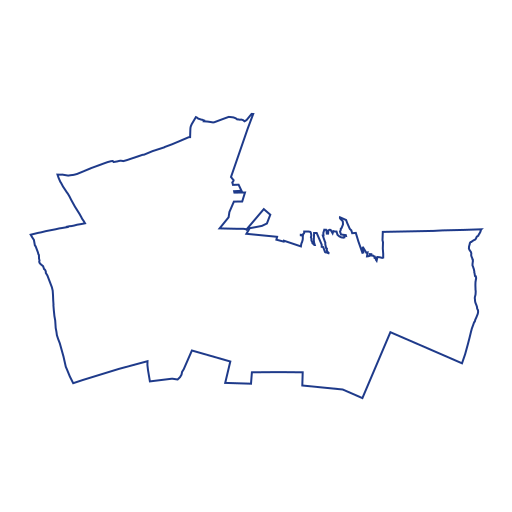 the district of Munteni, Galati, Romania
{"feature_id": "2599482B8174153692428", "entity_name": "Munteni", "entity_type": "district", "adm_level": 2, "iso_a3": "ROU", "parent_name": "Romania", "parent_adm1": "Galati", "projection": "orthographic", "projection_center": [27.478, 45.925], "detail": "fine", "context": "isolated", "style": "outline", "palette": "blue", "viewbox_px": 512, "rotation_deg": 0, "n_neighbors": 0, "source": "geoboundaries", "source_scale": "gbopen_adm2", "svg_char_len": 6028}
<svg xmlns="http://www.w3.org/2000/svg" viewBox="0 0 512 512"><path d="M481.3,229.3L464.1,229.9L442.5,230.4L433.6,230.9L382.8,231.9L382.5,240.1L383.0,242.3L382.8,248.5L383.2,253.8L383.2,257.6L382.2,257.9L379.9,257.3L377.4,257.0L376.9,259.4L376.6,260.7L375.9,259.7L375.6,257.8L374.6,257.9L374.4,257.0L374.6,256.5L373.8,256.2L373.1,255.6L372.0,255.7L371.6,255.4L371.4,254.2L369.8,254.1L369.8,255.8L368.1,256.3L367.0,256.4L367.6,252.4L366.3,252.7L362.7,246.8L363.3,252.5L362.4,252.8L358.4,241.5L355.8,232.9L352.2,233.2L351.3,230.3L349.8,228.9L347.1,222.8L346.1,220.0L340.0,217.3L339.9,217.9L340.2,218.6L342.8,221.3L343.0,224.4L341.6,228.0L340.8,228.7L340.8,229.8L340.0,231.6L341.0,234.5L345.8,235.1L346.0,235.9L344.3,235.6L344.4,236.7L344.4,237.4L343.2,237.7L342.8,237.4L342.0,237.5L340.9,237.2L339.2,236.3L337.5,234.8L336.5,231.5L334.9,231.5L333.3,231.1L332.6,233.3L330.6,229.9L329.5,229.8L328.4,230.4L328.1,233.6L326.8,233.6L326.4,230.2L326.0,229.7L325.0,229.8L324.3,229.7L323.3,233.0L323.5,235.4L322.8,235.5L324.1,239.4L324.9,241.7L325.3,242.5L325.3,244.4L326.0,247.5L326.2,248.0L326.2,248.3L326.9,248.6L326.8,250.2L327.3,251.5L328.6,252.9L328.5,253.2L326.4,252.4L325.5,252.4L325.0,252.0L323.2,247.1L321.7,246.8L321.7,244.7L320.3,241.4L316.7,233.0L314.1,233.0L313.8,240.2L314.1,242.7L314.8,245.0L314.5,245.0L314.1,244.8L313.6,244.1L312.5,243.3L312.5,243.1L312.2,242.0L311.7,241.1L311.4,240.4L311.4,239.8L311.4,238.6L310.9,237.2L311.2,236.1L311.3,235.1L310.9,233.0L310.6,232.2L310.3,231.9L308.4,231.5L305.5,231.5L304.2,231.5L304.2,231.9L304.2,232.5L304.1,233.1L303.8,233.6L303.4,233.8L303.1,234.2L303.0,235.0L300.8,234.8L300.8,235.3L302.9,235.7L302.8,236.7L302.8,238.8L302.6,240.1L302.2,241.5L302.0,242.2L301.5,243.2L301.2,244.4L300.9,246.4L283.9,240.7L283.7,241.6L276.4,239.7L277.1,236.8L246.4,233.8L249.7,228.2L255.2,227.2L261.9,225.9L266.9,223.5L270.3,214.7L264.7,209.9L263.8,209.1L246.4,229.6L246.0,229.2L245.5,229.1L243.4,228.8L237.1,228.8L232.4,228.7L219.6,228.4L228.6,217.3L229.4,212.0L233.9,201.6L242.2,201.5L245.0,192.5L234.4,192.6L234.1,191.2L241.5,190.8L238.6,184.7L233.0,184.9L232.3,182.4L233.2,181.4L233.6,180.2L231.9,178.2L231.5,177.6L231.0,177.0L247.7,128.6L253.2,114.0L251.6,113.9L246.7,119.9L245.6,120.7L244.5,121.3L243.2,120.2L241.5,119.6L240.9,119.6L240.2,119.7L239.3,119.7L238.5,119.4L237.2,119.4L235.9,118.4L235.0,118.0L233.4,117.4L231.0,117.1L228.7,116.9L222.4,119.2L216.0,121.6L214.4,122.2L213.6,122.4L212.8,122.4L210.5,122.0L207.8,121.6L206.6,121.5L203.8,121.3L204.1,120.5L203.2,120.2L202.5,119.8L201.6,119.7L200.3,119.3L199.5,119.0L198.7,118.8L198.0,118.5L197.8,118.3L197.1,117.7L196.7,117.5L196.1,117.2L195.9,117.1L191.7,124.2L191.2,125.4L191.0,125.8L190.8,126.4L190.6,127.1L190.5,127.7L190.4,128.6L190.3,130.8L190.1,137.1L189.8,137.1L189.4,137.1L188.5,137.3L172.0,144.3L164.7,147.0L164.4,147.3L152.6,151.1L144.0,154.7L142.6,154.8L126.6,160.2L123.4,161.1L121.5,160.8L120.3,160.7L118.0,161.2L117.4,161.4L114.4,161.9L113.6,162.0L112.7,161.0L111.0,161.2L107.6,162.1L103.7,163.5L91.4,168.0L80.9,172.4L78.4,173.4L77.3,173.9L76.2,174.2L75.1,174.5L73.4,174.9L70.7,175.2L68.2,175.6L64.6,175.0L62.3,174.6L60.9,174.7L57.5,174.6L58.5,177.6L58.7,178.1L60.3,181.8L61.0,182.8L62.5,185.6L62.9,186.4L64.3,188.5L66.8,192.3L67.8,193.6L69.5,196.5L71.2,199.9L74.9,206.6L79.5,213.9L81.5,217.5L82.0,218.6L83.8,221.2L85.0,223.3L81.0,224.1L77.2,224.7L73.9,225.6L71.3,226.1L69.6,226.2L67.2,226.7L67.4,227.1L61.5,228.1L59.3,228.4L55.5,229.3L46.0,231.1L40.9,232.4L38.5,232.8L30.7,234.7L32.0,237.0L33.9,239.9L34.9,245.5L35.6,246.2L38.0,252.6L38.3,254.0L38.8,254.8L38.9,255.1L39.0,257.4L39.0,258.4L39.5,260.5L39.2,261.8L39.7,263.1L40.7,264.2L43.1,266.2L44.1,269.1L44.6,269.4L44.9,269.7L45.4,270.5L45.8,271.7L45.8,272.9L47.4,275.5L51.9,287.3L52.7,290.7L53.0,295.1L53.2,300.1L53.5,304.7L53.4,305.0L53.8,310.1L54.4,316.0L55.2,320.5L55.7,328.0L56.3,331.1L56.5,332.3L56.9,335.2L58.1,338.9L59.8,343.3L63.5,356.6L65.8,366.8L66.9,369.3L69.8,376.4L73.2,383.2L82.8,380.0L118.9,368.9L147.5,361.2L147.4,364.9L148.0,370.1L149.9,381.4L171.1,378.8L172.3,378.7L177.6,379.5L180.0,377.2L181.5,374.7L182.1,371.8L183.7,369.3L191.9,350.5L230.3,361.5L225.2,382.9L251.0,383.7L251.9,372.3L279.1,372.1L302.7,372.3L302.3,385.5L342.7,389.5L362.4,398.1L390.4,332.2L440.2,353.8L462.0,363.3L465.1,354.3L467.9,344.1L469.6,337.5L471.1,331.3L471.5,329.9L471.7,329.1L471.9,328.4L473.2,324.9L474.1,322.3L474.5,322.0L474.6,321.6L474.9,321.3L475.0,320.9L475.2,319.9L476.3,317.5L476.9,316.0L477.7,314.0L478.0,312.7L478.1,311.5L478.0,310.6L478.0,310.1L477.6,309.6L477.2,308.6L477.0,307.9L477.1,307.4L476.9,306.6L476.3,304.9L475.6,303.2L475.2,301.9L475.0,300.4L475.0,299.6L474.9,299.0L474.8,298.3L474.8,297.7L475.0,296.6L475.3,295.5L475.5,294.7L475.6,293.4L475.7,291.2L475.5,289.7L475.5,288.9L475.4,285.6L475.4,284.4L475.5,281.7L475.6,281.4L475.7,280.9L475.7,280.5L475.8,280.1L475.8,279.7L475.9,279.2L476.0,279.2L476.1,278.7L476.1,278.2L476.1,277.8L476.0,277.1L475.8,276.3L475.1,276.2L474.8,275.0L474.6,273.4L474.3,272.5L474.3,271.5L474.3,271.2L474.1,270.6L473.9,269.3L473.6,268.5L473.0,266.6L472.5,265.5L472.5,265.0L472.5,264.8L472.5,264.0L472.6,263.2L472.7,262.7L472.7,262.2L472.8,261.7L472.9,261.4L472.8,261.1L472.8,260.7L472.9,260.4L472.9,260.0L472.8,259.6L472.5,259.4L472.4,259.0L472.4,258.6L472.1,258.0L472.0,257.6L471.6,256.8L471.4,256.1L471.2,255.3L471.2,254.6L471.3,253.9L471.3,253.4L471.1,252.6L470.9,252.0L470.8,251.8L470.3,251.1L469.6,250.1L469.2,249.3L469.0,248.7L468.9,248.4L469.0,247.5L469.0,246.7L469.1,246.3L469.4,245.2L469.6,244.5L469.7,244.2L469.8,243.7L469.8,243.3L470.2,242.5L470.6,242.1L470.9,242.0L471.3,242.0L471.5,241.9L471.9,241.5L472.2,241.2L472.5,241.0L473.5,240.4L474.2,240.0L474.8,239.8L475.2,239.5L475.6,239.1L476.0,238.4L476.5,237.2L476.8,236.7L477.1,236.4L477.4,236.3L477.9,236.0L478.3,235.7L478.4,235.4L478.6,234.9L478.8,234.5L479.0,234.1L479.4,233.7L479.6,233.4L479.8,232.8L480.0,232.4L480.3,232.0L480.5,231.5L480.6,231.1L480.6,230.7L480.9,230.2L481.0,229.7L481.2,229.4L481.3,229.3Z" fill="none" stroke="#1e3a8a" stroke-width="2"/></svg>